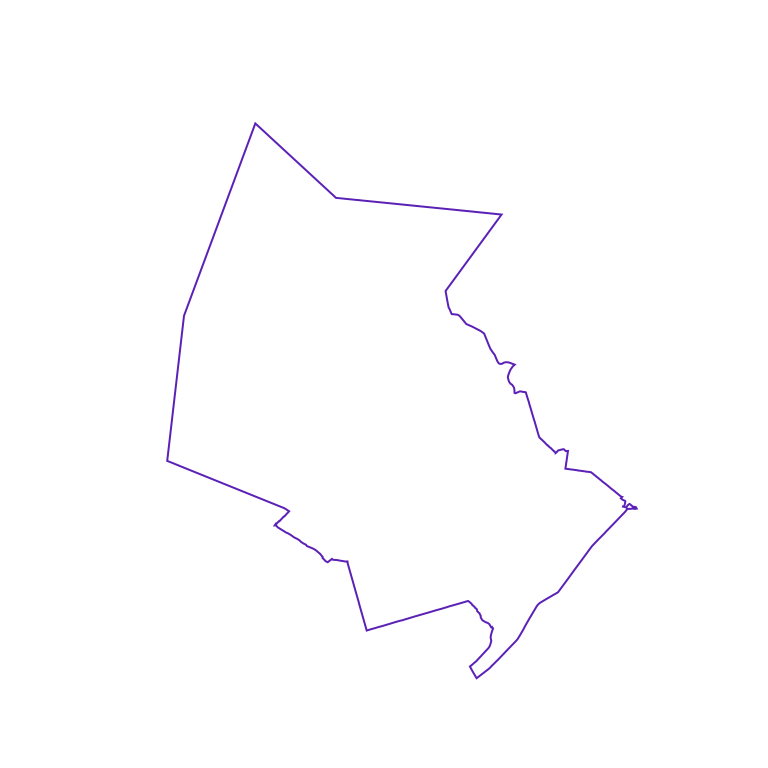 Waterland, Noord-Holland, Netherlands, rotated 223°
{"feature_id": "6326949B46441940402531", "entity_name": "Waterland", "entity_type": "district", "adm_level": 2, "iso_a3": "NLD", "parent_name": "Netherlands", "parent_adm1": "Noord-Holland", "projection": "albers", "projection_center": [4.995, 52.443], "detail": "fine", "context": "isolated", "style": "outline", "palette": "violet", "viewbox_px": 768, "rotation_deg": 223, "n_neighbors": 0, "source": "geoboundaries", "source_scale": "gbopen_adm2", "svg_char_len": 5806}
<svg xmlns="http://www.w3.org/2000/svg" viewBox="0 0 768 768"><g transform="rotate(223 384 384)"><path d="M490.1,179.9L371.9,225.3L366.6,226.2L366.6,225.9L366.6,225.5L366.6,224.8L366.5,224.7L366.6,224.1L366.6,223.1L366.6,221.2L366.6,220.8L366.6,220.7L366.5,220.0L366.6,219.8L366.6,219.6L366.7,218.6L366.9,218.5L366.9,218.1L366.9,217.8L366.9,217.2L366.9,216.6L366.9,216.1L366.9,214.7L366.9,214.4L366.9,213.1L366.9,212.7L367.1,212.7L367.2,212.2L367.3,211.7L367.2,211.4L367.3,210.8L367.3,210.4L367.3,209.8L367.4,209.4L367.3,209.0L367.3,208.9L367.2,208.8L367.2,208.7L367.2,208.2L367.8,208.2L367.6,206.5L367.5,206.0L367.4,206.1L367.3,206.3L367.0,206.6L366.9,206.7L366.4,206.8L366.2,206.9L364.0,206.7L360.9,207.3L359.3,207.6L356.5,208.2L354.6,208.5L352.4,209.3L350.6,209.7L349.4,210.0L345.2,210.5L341.6,211.6L340.5,211.8L339.3,212.0L336.8,212.0L334.2,212.4L332.0,213.1L331.1,213.2L330.1,212.9L329.9,212.9L324.1,215.1L321.0,215.9L319.3,216.0L316.8,216.1L314.9,216.2L314.5,216.1L313.4,216.0L311.7,215.7L311.5,215.8L310.7,215.6L310.3,214.9L305.7,214.6L303.6,215.3L302.9,219.8L302.8,220.6L301.8,220.5L301.6,220.6L300.1,221.7L298.7,222.9L298.1,223.3L295.3,225.1L294.1,225.9L292.5,227.0L291.2,227.8L289.2,229.9L289.5,228.8L288.3,228.1L257.2,209.3L253.5,207.1L253.2,206.8L228.5,191.9L227.2,194.2L225.3,197.4L224.5,198.7L223.7,199.9L223.6,200.3L221.5,203.7L220.2,205.8L215.5,213.8L213.8,216.8L211.0,221.5L209.3,223.9L209.1,224.4L206.6,228.7L204.4,232.5L202.4,235.9L196.4,245.9L196.3,246.1L196.2,246.2L194.9,248.4L191.7,253.9L188.3,259.4L187.4,261.0L186.7,262.2L186.1,263.1L185.9,263.6L184.7,265.7L180.4,272.8L176.7,279.0L176.2,279.8L175.9,280.4L175.0,281.9L174.5,282.7L174.0,282.8L172.1,282.9L170.0,283.0L169.0,282.6L168.8,282.6L167.2,282.7L165.2,282.7L164.4,282.4L163.4,282.6L162.7,282.6L161.9,282.2L160.8,281.4L159.5,281.4L158.7,281.3L157.8,281.5L157.1,281.0L155.3,280.5L154.0,279.2L151.1,278.4L150.6,278.4L147.3,279.1L145.4,279.9L144.9,280.0L143.8,280.2L143.2,280.2L139.4,279.1L139.0,279.7L139.0,279.9L138.5,279.7L137.6,279.7L136.9,278.1L135.6,275.3L135.1,274.4L134.7,273.6L133.5,271.8L133.3,271.5L133.0,271.2L131.5,270.1L130.5,269.4L130.4,269.3L130.1,268.9L128.4,265.6L128.1,264.8L127.7,263.4L127.6,263.0L127.5,262.2L127.5,259.1L127.5,246.3L127.5,243.9L127.6,243.2L127.9,241.2L127.9,240.6L128.1,238.7L128.5,236.0L123.1,234.2L117.1,232.4L115.6,232.0L115.1,235.0L113.2,246.5L113.0,248.3L112.9,248.7L113.0,250.4L112.8,254.6L112.6,260.1L112.4,275.0L112.2,286.6L112.3,288.5L113.0,292.1L114.4,298.4L116.1,304.8L116.8,307.8L117.4,310.3L120.4,324.1L120.7,325.5L120.9,326.9L120.9,328.3L120.8,329.3L120.7,330.1L120.5,331.0L118.1,339.2L116.3,345.1L115.0,349.3L114.8,350.1L114.7,350.5L116.6,367.0L117.8,376.7L118.7,384.7L119.9,395.0L120.4,399.3L120.9,403.3L121.2,406.2L121.3,407.0L121.3,408.9L121.3,409.9L121.2,416.5L121.0,422.1L120.9,425.4L121.0,426.8L120.9,430.4L120.7,441.0L120.6,449.3L120.5,453.0L120.5,455.3L120.8,457.6L120.4,459.0L118.2,461.2L117.5,462.2L115.3,463.8L114.9,464.3L114.2,465.2L115.9,465.7L116.2,465.4L117.5,464.6L118.6,463.9L118.8,464.0L122.6,463.8L122.7,463.6L123.0,462.0L123.0,461.6L123.0,461.2L122.9,460.5L122.8,460.1L122.7,459.8L122.3,459.0L122.8,458.8L123.6,458.4L125.6,457.3L125.7,457.5L124.9,458.0L125.2,458.9L125.4,459.3L125.8,460.1L126.2,460.8L126.4,461.2L126.6,461.5L127.5,462.8L127.9,462.9L128.6,462.8L129.0,462.6L129.6,462.3L130.0,462.2L130.5,462.1L131.1,462.0L131.4,462.0L131.7,462.1L132.7,461.9L132.8,463.8L133.5,463.4L135.7,463.2L139.1,463.0L139.7,463.0L140.2,462.9L142.7,462.8L146.7,462.4L150.3,462.3L150.9,462.2L153.1,462.1L153.8,462.0L155.1,461.9L157.2,461.7L157.8,461.6L159.9,461.6L160.4,461.5L162.2,461.4L163.6,461.3L165.1,461.2L165.3,461.2L165.7,461.1L167.2,461.1L167.6,461.0L168.2,460.9L170.1,460.9L170.8,460.8L172.4,460.6L172.6,460.6L172.8,460.4L173.5,459.9L174.7,459.1L175.0,458.8L177.3,457.2L178.1,456.7L178.3,456.5L178.5,456.4L179.3,455.8L179.8,455.5L180.2,455.2L181.3,454.4L181.6,454.2L182.4,453.6L183.4,452.9L183.5,452.9L184.2,452.5L184.5,452.2L185.9,451.3L186.3,450.9L187.4,450.2L188.5,449.4L189.7,448.5L191.1,447.6L191.3,447.4L192.4,446.6L193.6,445.8L198.3,452.6L202.6,458.8L203.8,460.5L204.7,459.5L205.1,459.0L205.3,458.9L207.7,458.9L208.1,458.9L208.3,458.7L208.5,458.5L209.4,457.2L210.2,455.9L210.8,455.0L211.2,454.4L211.3,454.2L211.3,453.2L211.2,451.8L211.2,451.4L211.4,450.5L211.5,450.6L211.5,450.8L213.5,450.9L213.6,450.7L213.9,450.7L215.3,450.8L216.2,450.8L218.3,450.9L219.0,450.8L220.1,450.7L220.5,450.7L220.6,450.8L222.2,450.8L222.3,450.8L222.3,450.7L222.6,450.7L222.8,450.6L223.1,450.6L226.2,450.8L231.0,450.9L231.3,450.9L231.9,450.8L233.1,450.9L233.5,450.8L234.8,451.3L235.9,451.9L243.1,456.2L246.8,458.4L247.4,458.8L248.8,459.6L250.0,460.2L251.3,461.0L252.2,461.5L253.5,462.3L254.9,463.1L256.4,464.0L256.5,464.0L257.4,464.6L260.8,466.6L261.5,467.0L264.3,468.6L265.0,469.1L266.8,470.2L267.1,470.3L267.3,470.4L267.8,470.7L270.3,472.1L274.6,474.6L275.1,474.3L275.3,474.3L275.6,474.0L276.5,473.4L277.2,472.9L278.6,472.0L279.1,471.7L279.4,471.5L279.6,471.2L279.8,470.9L281.4,467.1L281.6,466.9L281.9,466.7L282.4,466.5L283.1,467.1L284.1,468.2L286.0,469.7L286.8,470.1L288.5,470.6L290.0,470.8L291.5,470.5L292.5,470.6L293.5,470.8L294.5,471.2L295.3,471.6L297.8,473.2L298.5,474.1L299.2,475.3L300.4,478.3L300.9,479.6L301.4,481.5L301.6,482.9L301.7,483.7L301.8,485.2L301.6,487.3L307.2,485.0L309.4,483.4L310.8,481.6L311.5,479.2L312.4,478.3L313.0,477.8L313.4,477.6L314.0,477.5L314.9,477.5L315.9,477.8L317.2,478.2L318.3,478.7L322.9,480.8L325.9,481.3L330.2,482.3L333.4,483.7L345.2,489.2L349.2,488.7L358.7,486.1L364.7,484.0L374.6,485.3L375.7,485.3L377.1,485.0L378.2,484.3L379.8,483.1L380.8,482.4L382.2,481.3L387.9,483.8L388.7,483.9L392.5,486.6L402.4,494.0L413.6,588.1L546.0,487.4L655.8,486.8L610.8,379.0L576.8,297.5L490.1,179.9Z" fill="none" stroke="#5b21b6" stroke-width="2"/></g></svg>